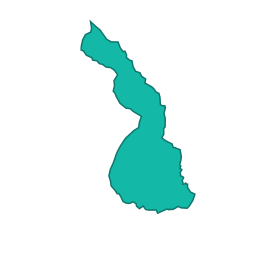 Dymes, Limassol, Cyprus (Natural Earth projection), rotated 40°
{"feature_id": "46923920B11933965070287", "entity_name": "Dymes", "entity_type": "district", "adm_level": 2, "iso_a3": "CYP", "parent_name": "Cyprus", "parent_adm1": "Limassol", "projection": "natural_earth1", "projection_center": [32.967, 34.924], "detail": "fine", "context": "isolated", "style": "filled", "palette": "teal", "viewbox_px": 256, "rotation_deg": 40, "n_neighbors": 0, "source": "geoboundaries", "source_scale": "gbopen_adm2", "svg_char_len": 1783}
<svg xmlns="http://www.w3.org/2000/svg" viewBox="0 0 256 256"><g transform="rotate(40 128 128)"><path d="M42.0,98.4L44.4,97.6L49.3,99.0L52.6,98.1L55.0,97.4L57.3,98.7L61.0,96.5L64.6,97.1L67.7,95.6L71.9,95.4L74.0,94.1L76.2,92.8L80.6,92.5L85.9,93.9L86.8,100.7L90.5,104.3L93.0,109.3L95.9,109.8L98.9,111.5L106.0,114.2L113.5,114.1L117.5,111.7L121.2,112.0L130.8,110.4L132.8,115.8L135.9,121.0L134.2,126.0L132.7,137.4L133.7,146.3L134.7,151.3L135.6,154.7L139.1,164.0L141.1,171.3L144.2,177.0L148.3,179.6L152.4,183.2L158.3,184.1L161.9,185.3L163.5,184.1L167.3,185.5L171.4,187.5L173.4,187.1L173.9,187.1L176.6,185.7L178.3,183.7L179.1,181.4L182.8,180.8L184.8,182.4L188.6,182.4L189.8,178.0L193.9,179.1L196.7,177.5L199.4,175.2L202.3,172.7L205.5,174.2L207.3,170.3L208.7,167.4L209.9,165.2L212.1,164.1L211.8,163.8L214.7,161.6L215.9,158.6L216.8,155.9L220.2,154.9L224.9,151.4L225.1,148.7L224.8,145.9L224.2,141.8L221.8,135.7L217.0,136.9L214.4,136.0L212.2,135.6L209.7,132.8L208.9,133.5L208.4,133.4L207.6,133.1L207.3,134.4L206.0,135.8L204.8,134.2L203.4,133.7L202.5,130.3L201.1,130.1L199.0,130.9L198.0,129.6L196.6,128.7L196.4,127.1L195.9,125.2L193.7,125.6L192.9,123.2L192.3,123.1L191.2,123.1L189.9,120.0L187.5,115.9L181.8,111.1L178.6,112.4L176.9,112.6L175.2,113.9L172.0,111.9L167.5,113.0L164.6,113.6L160.1,113.8L159.5,109.9L155.7,105.5L155.7,103.2L153.3,100.4L150.3,96.6L146.3,93.9L143.5,88.3L141.9,87.3L140.1,88.8L137.8,89.3L132.8,84.0L129.4,81.6L126.3,82.4L121.9,81.2L118.7,81.4L114.4,82.2L112.2,82.8L110.0,79.1L105.1,79.7L101.7,78.0L97.4,79.7L92.2,77.6L87.9,74.0L85.6,75.0L81.4,75.0L80.0,73.0L76.3,71.1L75.0,72.7L70.6,71.6L65.1,68.5L59.8,72.8L54.6,73.8L43.8,70.9L37.8,70.9L30.9,70.6L35.9,74.9L37.8,78.5L35.4,83.7L36.6,89.5L39.5,95.1L42.0,98.4Z" fill="#14b8a6" stroke="#0f766e" stroke-width="1.5"/></g></svg>